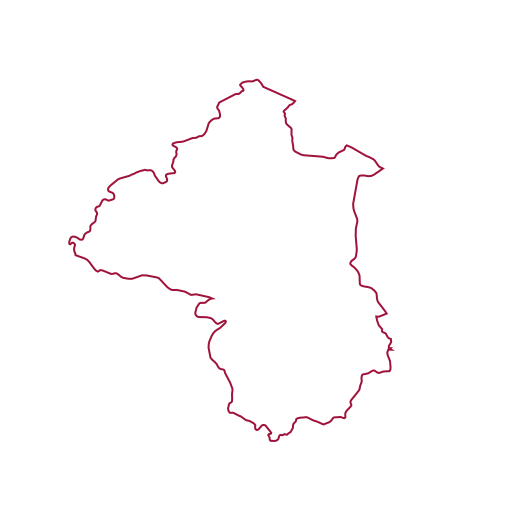 SVG path tracing the border of Nakhon Ratchasima, rotated 118°
{"feature_id": "THA-441", "entity_name": "Nakhon Ratchasima", "entity_type": "Province", "adm_level": 1, "iso_a3": "THA", "parent_name": "Thailand", "parent_adm1": "", "projection": "natural_earth1", "projection_center": [102.187, 14.947], "detail": "fine", "context": "isolated", "style": "outline", "palette": "rose", "viewbox_px": 512, "rotation_deg": 118, "n_neighbors": 0, "source": "natural_earth", "source_scale": "10m", "svg_char_len": 6140}
<svg xmlns="http://www.w3.org/2000/svg" viewBox="0 0 512 512"><g transform="rotate(118 256 256)"><path d="M109.3,349.5L106.7,346.7L105.5,345.1L103.5,341.1L100.3,338.4L99.9,337.9L99.7,337.1L99.8,336.0L100.4,334.2L101.2,332.3L103.2,329.0L100.8,294.3L102.3,294.5L105.1,295.4L106.6,296.9L107.7,297.4L109.9,297.7L114.8,299.5L115.4,299.4L115.8,299.1L116.6,297.3L117.1,297.0L118.3,296.8L118.8,296.5L120.8,294.1L123.6,292.7L124.5,291.9L125.3,290.5L126.5,285.4L126.9,284.5L127.4,284.1L132.3,281.6L134.4,279.4L137.2,278.1L141.6,274.7L143.7,273.5L144.9,272.2L145.4,270.2L145.3,264.2L145.1,262.7L144.6,261.1L137.1,243.9L136.5,241.7L136.0,239.2L135.4,237.3L133.8,234.5L132.9,233.2L132.5,232.8L131.9,232.6L129.2,232.7L127.9,232.4L125.5,231.4L121.1,228.1L119.8,228.0L117.8,228.4L115.8,227.9L115.5,225.7L115.3,221.9L115.9,205.7L115.5,202.5L115.5,197.4L116.2,195.4L118.9,190.3L119.3,188.6L119.2,185.0L128.6,189.9L131.1,191.7L132.8,194.3L134.2,198.5L135.7,201.2L136.6,202.1L137.3,202.6L140.7,202.3L164.4,194.7L168.1,192.4L170.3,190.4L175.5,184.4L176.9,183.3L178.0,182.7L184.9,180.7L191.7,177.3L202.3,170.4L204.8,169.2L209.5,167.6L210.7,167.5L212.3,167.8L215.1,169.2L217.0,169.5L218.0,169.4L218.7,169.0L219.0,168.4L219.6,166.3L219.9,163.9L221.6,159.3L223.4,156.7L224.7,155.4L231.6,151.4L232.4,150.6L232.6,149.9L232.6,148.3L232.3,146.9L230.8,142.3L230.3,140.1L230.3,138.4L231.1,134.8L232.2,132.4L232.9,131.7L236.6,129.3L238.4,127.8L239.3,126.7L243.9,116.5L245.5,113.6L251.9,119.0L253.0,121.4L256.2,118.7L258.9,115.8L259.8,114.5L261.3,110.4L261.7,110.0L263.0,109.7L263.6,108.9L263.7,108.0L263.4,105.8L263.6,104.9L265.7,101.8L266.3,100.1L265.9,98.0L268.6,96.2L273.3,96.4L275.2,95.2L274.2,93.8L274.8,93.9L275.1,93.7L275.2,92.5L276.5,95.2L279.6,94.8L281.8,93.1L285.8,88.4L291.0,85.0L293.6,83.9L295.1,84.2L298.1,89.2L301.2,92.1L301.6,92.7L301.9,94.1L301.6,97.4L301.7,98.2L302.3,99.0L303.4,99.8L306.8,101.8L307.6,102.6L310.3,105.9L310.9,106.3L311.7,106.4L314.0,105.7L317.2,103.7L322.0,103.0L325.2,102.0L326.9,102.1L338.5,104.3L340.2,104.3L341.2,103.6L342.8,101.8L343.9,101.7L345.6,102.0L349.2,103.1L352.1,103.5L353.9,102.9L356.0,101.6L356.6,101.4L357.3,101.6L357.9,102.1L358.5,105.9L360.4,108.8L361.5,110.8L362.0,111.4L362.9,111.9L366.0,112.3L368.3,113.2L373.1,117.4L373.5,123.9L374.3,128.6L374.4,134.5L374.7,135.9L374.9,136.4L376.5,138.5L377.1,139.7L378.5,141.7L379.7,143.0L380.7,143.7L381.3,143.8L383.1,143.3L383.7,143.3L386.3,144.1L388.3,143.8L390.5,142.7L395.2,142.8L397.4,144.1L399.2,144.7L399.5,145.3L399.9,147.1L400.3,147.6L401.4,148.1L401.8,148.5L402.5,150.4L403.1,150.8L403.7,151.0L407.0,150.4L408.0,150.6L409.5,151.4L410.6,152.8L411.2,153.9L412.3,156.4L411.9,157.4L409.4,159.3L408.4,161.1L407.3,161.1L405.8,159.4L404.9,159.6L401.1,168.3L401.8,170.4L402.2,170.8L403.4,171.4L407.6,172.3L408.6,172.9L409.2,173.5L409.3,174.1L408.9,175.5L408.0,176.2L405.9,177.1L405.5,177.5L404.8,179.4L404.7,184.2L405.6,187.7L405.5,188.8L404.8,193.8L404.8,194.7L405.0,195.5L405.1,202.0L405.5,203.4L406.5,204.9L406.6,205.7L406.2,206.7L405.2,208.0L403.7,209.1L399.3,210.3L398.1,210.0L396.6,209.0L395.3,209.1L392.5,210.4L389.9,212.0L385.2,213.9L384.2,214.6L380.1,219.2L374.1,228.0L371.7,230.4L371.6,231.6L372.3,233.9L372.4,234.9L372.3,236.0L371.5,237.7L370.0,239.7L369.0,242.4L368.2,245.8L367.2,248.4L359.3,254.8L355.9,256.4L353.3,257.1L347.5,257.6L344.5,257.5L341.8,256.9L339.5,255.8L336.2,253.9L329.9,251.8L328.4,251.7L327.9,252.0L327.6,252.4L327.7,253.1L328.4,253.9L333.3,257.3L333.7,257.6L334.0,258.3L334.0,259.3L333.6,261.0L332.2,264.7L332.1,265.9L332.2,267.3L333.2,270.8L336.8,277.9L337.0,279.7L336.5,281.2L335.5,282.5L334.4,283.0L330.5,284.0L329.1,284.2L324.7,283.8L323.9,283.4L323.2,282.6L321.7,279.8L321.0,278.9L316.7,277.1L314.8,275.7L314.1,274.7L314.4,278.2L317.9,290.8L320.9,295.2L320.8,300.6L320.9,302.2L322.4,307.6L323.4,310.4L325.3,313.9L325.5,314.9L325.6,316.3L325.2,319.4L321.3,331.0L321.2,331.9L321.6,333.9L324.5,343.4L326.5,347.5L334.1,354.5L335.1,356.1L336.2,358.5L337.7,363.2L337.7,364.1L337.7,365.3L336.8,369.7L336.9,371.4L337.5,372.5L339.0,374.1L339.9,375.8L340.7,384.0L341.2,385.9L341.8,387.1L343.0,387.6L344.0,388.3L344.0,390.5L343.1,393.0L339.5,400.5L338.6,403.3L338.6,406.3L340.0,415.7L338.6,416.8L337.0,418.7L335.5,419.8L333.8,420.5L331.7,420.8L330.7,421.4L330.2,422.6L330.2,424.0L330.6,424.5L332.9,425.6L333.0,426.1L332.4,427.0L330.6,427.7L327.7,428.1L326.2,427.9L325.5,427.5L324.7,426.6L324.1,425.2L323.9,424.2L323.8,422.0L324.1,420.2L324.1,419.0L323.7,418.1L323.1,417.1L322.4,416.8L321.5,416.8L317.6,417.5L316.6,417.3L314.2,416.0L312.7,414.6L311.9,414.4L311.0,414.5L309.4,415.1L307.9,416.1L307.2,416.3L305.2,416.0L302.2,414.6L301.2,414.3L300.3,414.2L296.7,415.6L293.5,416.0L292.9,416.4L292.4,416.8L291.5,418.5L290.7,419.5L290.2,419.8L288.8,420.0L287.4,419.6L286.0,418.1L285.1,417.6L279.5,417.7L278.6,417.6L277.8,417.1L276.8,416.0L276.5,415.1L276.5,412.8L276.3,412.2L275.5,411.2L272.9,408.7L272.2,408.4L271.4,408.4L269.9,409.1L268.5,410.2L267.8,411.3L267.6,412.6L268.0,415.6L267.9,416.4L267.3,417.5L266.2,418.1L264.8,418.3L262.1,417.6L253.3,413.9L251.5,412.6L244.5,405.3L242.5,404.0L240.8,402.4L237.7,400.3L235.0,397.8L233.5,396.0L232.1,394.7L231.4,392.0L230.0,389.9L229.7,389.3L229.6,387.8L230.0,386.4L230.6,385.2L232.6,382.9L235.6,377.0L236.1,375.0L236.0,373.4L235.4,372.2L232.5,370.0L231.2,369.8L229.5,371.0L227.9,373.0L226.8,373.5L226.1,373.3L224.6,372.1L221.3,367.3L220.9,366.9L220.4,366.7L219.7,366.8L218.9,367.5L217.1,371.5L216.7,372.0L215.7,372.6L211.4,373.3L209.8,374.1L207.9,374.1L206.0,373.5L204.1,373.7L203.2,374.0L201.7,375.3L200.3,375.7L198.4,375.9L197.9,376.3L197.5,377.6L197.5,380.8L197.0,382.0L196.4,382.2L195.6,382.1L193.1,379.8L189.6,374.6L188.8,373.7L181.5,367.3L179.9,364.5L176.9,362.4L175.6,360.2L173.6,359.1L171.6,358.7L169.0,358.5L161.3,360.0L160.3,360.0L157.4,359.2L156.1,358.6L154.1,357.1L152.1,354.0L151.6,353.6L150.2,353.2L148.9,353.6L147.6,354.5L145.0,356.8L143.9,359.2L142.7,360.3L137.7,360.5L122.8,350.2L121.7,348.8L121.2,347.5L120.6,347.1L119.6,346.6L117.7,346.1L116.5,345.4L116.1,344.9L115.5,344.9L114.8,345.4L113.6,347.3L113.1,349.4L112.3,350.4L109.3,349.5Z" fill="none" stroke="#9f1239" stroke-width="2"/></g></svg>